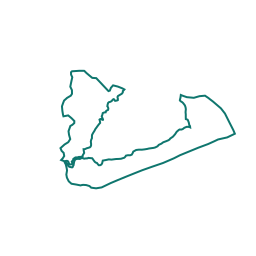 Commonwealth, Grand Cape Mount, Liberia (Mercator projection), rotated 315°
{"feature_id": "62588387B80584494728088", "entity_name": "Commonwealth", "entity_type": "district", "adm_level": 2, "iso_a3": "LBR", "parent_name": "Liberia", "parent_adm1": "Grand Cape Mount", "projection": "mercator", "projection_center": [-11.29, 6.738], "detail": "fine", "context": "isolated", "style": "outline", "palette": "teal", "viewbox_px": 256, "rotation_deg": 315, "n_neighbors": 0, "source": "geoboundaries", "source_scale": "gbopen_adm2", "svg_char_len": 3596}
<svg xmlns="http://www.w3.org/2000/svg" viewBox="0 0 256 256"><g transform="rotate(315 128 128)"><path d="M184.3,145.0L184.1,146.1L184.6,148.2L184.6,149.5L184.2,152.3L183.3,154.1L182.2,155.6L179.9,157.5L178.4,159.3L176.2,161.5L175.2,162.6L176.0,164.2L175.9,164.8L174.8,167.2L174.6,167.5L173.4,169.3L173.2,170.5L172.4,171.5L172.1,170.6L170.4,168.7L168.0,167.7L166.1,167.5L164.7,166.9L163.5,165.6L162.6,165.3L159.8,165.1L156.8,165.7L153.6,165.9L150.3,165.3L149.2,165.5L147.8,165.2L145.6,164.3L142.8,163.0L140.6,162.7L137.9,161.7L135.9,161.8L133.5,161.0L132.1,160.2L130.4,158.9L128.3,157.3L126.8,156.4L124.7,154.9L122.4,153.1L120.5,151.1L118.2,149.3L115.0,148.4L113.7,149.0L111.8,149.5L110.2,148.8L109.2,147.7L108.4,147.0L107.0,146.1L105.8,146.4L104.4,146.4L101.3,144.8L99.8,143.5L97.4,141.3L94.0,138.7L92.2,136.6L89.7,135.0L87.1,133.2L84.7,134.7L83.3,135.0L82.0,134.6L81.0,133.6L81.1,132.2L81.3,130.7L80.8,129.8L80.6,128.7L80.8,126.9L81.1,125.4L81.3,124.1L80.2,122.8L78.8,121.1L78.1,120.9L77.9,120.8L76.1,119.2L75.3,118.7L74.9,117.8L74.3,116.7L73.9,116.5L73.7,116.4L72.2,115.9L71.6,115.3L71.1,114.7L70.0,113.7L68.8,113.1L67.6,113.1L66.9,113.4L65.9,113.9L63.0,115.9L62.6,115.9L61.1,116.5L60.8,116.4L60.6,116.3L59.8,115.1L59.6,114.7L59.1,114.0L59.0,112.9L59.6,111.2L59.8,110.0L59.7,109.0L58.7,108.3L58.3,109.7L56.4,112.8L54.9,114.9L54.6,115.1L51.5,117.3L49.7,119.9L48.4,123.8L48.6,127.4L49.0,128.0L51.5,131.5L53.9,135.1L54.7,135.5L56.0,136.4L58.1,138.8L59.7,141.8L59.8,144.2L62.8,148.1L67.4,151.4L76.8,154.7L83.7,157.5L92.8,161.3L101.0,164.8L108.4,168.0L117.4,172.3L128.0,177.5L138.8,181.8L140.6,182.4L145.5,184.0L163.9,191.7L173.3,196.0L179.4,198.3L183.6,199.8L191.5,204.8L199.5,207.6L201.0,203.9L203.6,195.9L206.8,186.3L207.6,179.8L207.3,175.9L206.8,169.4L206.2,165.0L206.1,163.8L205.3,159.6L201.1,156.1L200.4,155.7L195.9,153.2L191.4,147.8L189.6,144.1L188.7,142.0L186.6,143.6L184.3,145.0ZM152.7,98.2L152.0,95.9L150.1,91.5L147.6,87.3L144.3,87.5L141.6,88.7L140.3,88.1L140.3,87.4L140.5,80.5L140.8,70.3L138.2,67.3L138.1,66.6L137.8,63.4L137.5,59.7L137.5,56.7L136.8,55.9L134.0,53.1L128.5,48.3L127.9,48.3L127.1,48.3L125.5,50.0L124.5,52.7L120.6,55.2L117.7,57.1L116.4,58.0L115.1,61.6L112.6,64.2L110.4,64.7L106.1,63.6L105.5,63.6L102.2,63.4L99.7,64.5L96.6,66.0L93.7,69.5L91.4,72.7L90.6,74.1L94.6,76.8L95.0,81.0L95.0,85.1L93.5,86.5L92.5,86.5L90.9,86.4L88.7,85.8L83.7,88.2L81.8,90.7L81.5,91.1L79.3,95.0L75.7,95.8L71.5,94.8L66.0,94.5L64.9,97.2L64.9,100.1L63.1,102.7L60.4,103.3L58.1,103.4L58.3,103.9L59.4,106.2L59.4,106.4L60.1,106.9L61.2,107.7L61.7,108.2L62.0,108.9L62.0,109.5L61.5,110.6L61.0,112.1L61.3,112.9L62.5,113.8L63.7,113.8L64.5,112.0L66.5,111.9L67.5,111.2L69.8,111.6L70.2,111.8L71.8,113.3L72.8,113.7L73.9,114.8L75.8,116.0L76.7,115.3L79.4,114.6L80.7,112.7L81.6,111.6L82.1,112.1L82.9,112.6L84.4,113.1L86.0,114.0L87.4,114.7L88.5,114.7L89.7,114.1L90.8,113.0L92.1,111.3L93.7,110.3L95.3,109.7L96.9,108.1L97.1,108.0L97.6,107.5L99.5,106.9L102.6,106.2L104.0,105.7L106.1,105.4L107.8,105.1L109.3,104.9L110.0,104.8L111.9,104.7L112.4,104.1L113.3,102.8L113.8,101.9L114.5,102.0L115.3,102.5L115.5,103.3L115.6,104.1L116.1,104.5L116.4,104.3L117.1,102.5L117.7,101.1L118.9,100.7L120.7,99.6L121.7,100.0L122.7,100.5L123.3,101.1L123.9,100.8L124.7,100.5L125.9,100.8L126.7,101.1L127.7,100.5L128.5,99.3L128.8,97.9L129.6,97.5L130.0,97.1L131.7,96.2L132.6,96.2L134.1,97.0L135.5,97.4L136.9,97.2L138.1,97.3L138.4,97.7L138.2,98.7L138.1,99.7L138.7,100.1L139.5,100.7L140.5,101.1L141.5,100.2L142.4,98.7L143.5,98.3L145.2,98.7L147.8,99.4L149.4,99.2L150.5,98.2L151.4,98.3L152.7,98.2Z" fill="none" stroke="#0f766e" stroke-width="2"/></g></svg>